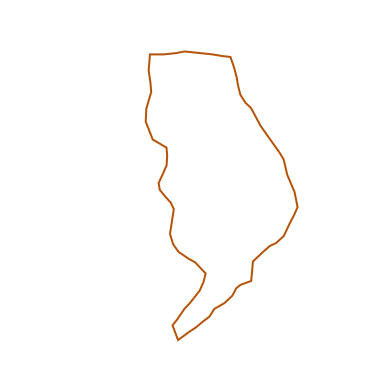 outline of Krideia, Cyprus, rotated 28°
{"feature_id": "46923920B22982448470937", "entity_name": "Krideia", "entity_type": "district", "adm_level": 2, "iso_a3": "CYP", "parent_name": "Cyprus", "parent_adm1": "", "projection": "mercator", "projection_center": [33.959, 35.389], "detail": "fine", "context": "isolated", "style": "outline", "palette": "amber", "viewbox_px": 384, "rotation_deg": 28, "n_neighbors": 0, "source": "geoboundaries", "source_scale": "gbopen_adm2", "svg_char_len": 998}
<svg xmlns="http://www.w3.org/2000/svg" viewBox="0 0 384 384"><g transform="rotate(28 192 192)"><path d="M90.3,90.2L96.6,104.9L104.2,115.3L109.1,123.0L112.5,139.7L118.1,151.6L132.7,164.1L148.6,164.8L152.8,171.1L157.0,180.2L157.7,188.5L158.3,199.7L162.5,205.2L170.8,208.7L178.5,211.5L184.0,215.7L189.6,231.7L192.3,239.4L200.0,247.1L208.3,251.2L220.8,252.6L227.7,252.6L242.3,257.5L244.4,265.9L245.1,275.6L242.3,291.0L240.2,298.6L238.8,311.2L237.4,318.9L249.2,329.3L254.8,317.5L259.0,309.8L262.4,301.4L265.9,293.8L266.6,284.7L272.8,274.9L276.3,264.5L276.3,256.1L278.4,251.2L286.0,242.8L283.2,235.9L278.4,224.8L282.6,212.2L286.0,203.2L290.2,197.6L293.7,187.8L293.0,173.9L293.0,164.8L292.3,155.8L282.6,143.9L268.0,132.1L257.6,120.2L250.6,116.0L239.5,110.5L232.6,107.0L221.5,101.4L215.2,97.2L204.8,90.2L197.2,88.1L188.9,83.3L182.6,76.3L177.8,70.0L170.8,62.4L162.5,54.7L155.6,57.5L145.2,61.0L136.8,64.4L119.5,71.4L112.5,77.0L102.1,84.0L90.3,90.2Z" fill="none" stroke="#b45309" stroke-width="2"/></g></svg>